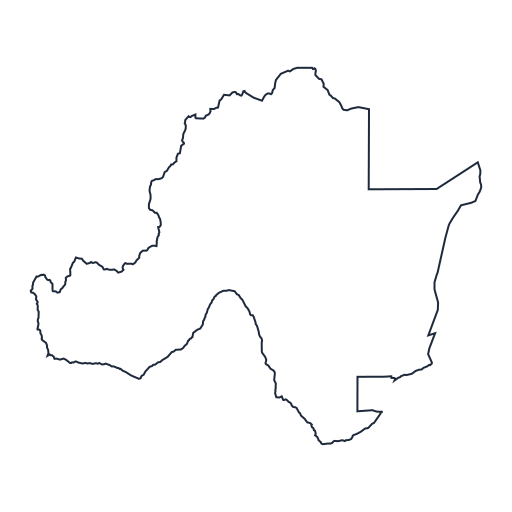 Las Heras, Mendoza, Argentina
{"feature_id": "61730980B92952848138392", "entity_name": "Las Heras", "entity_type": "district", "adm_level": 2, "iso_a3": "ARG", "parent_name": "Argentina", "parent_adm1": "Mendoza", "projection": "equal_earth", "projection_center": [-69.707, -32.525], "detail": "fine", "context": "isolated", "style": "outline", "palette": "slate", "viewbox_px": 512, "rotation_deg": 0, "n_neighbors": 0, "source": "geoboundaries", "source_scale": "gbopen_adm2", "svg_char_len": 5970}
<svg xmlns="http://www.w3.org/2000/svg" viewBox="0 0 512 512"><path d="M430.0,365.2L431.7,363.7L431.9,362.6L428.1,354.1L429.4,348.2L435.1,333.2L428.3,335.4L437.8,309.9L438.1,302.5L434.5,289.4L434.5,282.3L436.8,274.5L437.5,273.0L445.3,238.1L448.7,225.5L449.6,223.4L453.1,217.6L457.8,210.8L461.0,205.3L471.2,202.8L475.4,201.0L478.0,194.3L479.4,192.3L480.7,189.1L481.3,186.8L481.0,184.4L480.2,182.4L479.6,176.4L480.2,174.4L480.4,170.5L477.8,162.3L436.6,189.0L368.7,189.3L369.0,109.2L358.4,107.1L351.1,108.6L347.2,110.3L343.6,109.8L342.3,108.4L341.4,106.0L339.3,102.1L334.8,98.5L332.9,98.0L330.8,95.6L329.4,94.7L327.6,90.0L323.5,86.8L323.7,83.8L321.5,79.3L319.1,78.9L315.4,75.1L315.4,73.0L315.9,70.9L315.4,68.9L314.5,68.3L313.6,69.0L312.9,69.0L312.2,67.8L297.2,67.8L293.3,69.0L289.9,71.4L288.1,70.7L280.8,73.8L276.0,79.9L275.2,83.0L274.6,88.0L272.8,90.1L272.1,93.1L271.0,94.2L269.1,93.4L267.4,93.6L265.7,94.7L264.3,96.4L262.0,100.7L253.7,97.7L246.4,93.2L245.0,92.1L244.6,91.0L243.4,91.2L242.2,94.5L241.4,95.6L240.2,95.4L238.5,94.1L236.9,94.2L236.1,92.5L234.6,91.9L232.4,92.5L229.6,95.4L224.0,94.8L221.2,99.4L219.6,100.5L218.0,107.6L216.6,107.7L213.9,109.0L210.3,108.9L210.5,111.4L209.8,113.0L208.6,114.5L205.7,115.8L205.0,117.5L203.4,118.6L196.2,118.3L195.4,117.7L195.4,114.5L191.6,116.1L190.5,117.1L189.1,116.9L188.6,116.3L185.8,119.4L185.2,120.2L185.1,122.5L184.7,123.3L185.7,125.0L185.8,128.2L185.1,130.4L183.3,134.0L183.0,137.8L182.1,140.6L182.6,141.6L183.9,142.9L184.0,143.7L181.2,145.7L179.9,153.2L177.9,153.8L176.5,157.4L176.4,161.3L174.3,162.7L172.8,164.4L171.1,164.5L170.7,165.6L169.0,167.3L166.8,170.9L164.7,172.1L163.0,176.9L161.7,178.2L158.8,179.1L155.4,179.2L154.0,180.2L152.0,180.8L151.2,182.1L151.0,184.5L150.0,186.7L149.5,190.6L150.5,194.8L150.6,198.1L150.4,199.6L148.9,204.1L148.9,208.1L150.3,209.9L152.5,210.3L155.0,212.8L156.7,212.8L158.3,215.1L159.2,217.6L160.1,219.0L160.7,222.3L160.8,224.8L160.3,226.0L159.4,226.9L158.1,227.1L159.4,232.3L158.6,234.0L158.9,235.1L157.9,236.4L157.1,238.6L157.1,239.8L156.6,241.3L156.8,242.6L156.5,246.1L153.5,245.6L151.6,246.0L148.4,248.0L147.3,250.1L146.5,250.6L142.7,250.7L140.2,253.0L139.2,256.0L139.2,257.8L136.5,260.4L135.3,262.5L132.9,264.3L131.5,263.7L126.8,263.8L125.6,263.1L124.9,263.3L123.0,265.9L122.6,267.3L122.8,268.6L123.5,269.8L121.4,271.7L118.2,272.6L116.5,270.8L114.0,269.4L112.1,269.8L109.7,269.7L108.2,269.5L106.9,268.8L105.1,269.5L103.8,269.4L102.3,266.7L99.1,264.9L96.8,262.6L95.7,262.2L92.7,263.0L91.0,262.0L90.0,262.9L86.7,263.8L82.9,260.5L82.4,259.3L81.7,258.7L79.1,258.5L75.9,257.5L74.2,261.7L72.9,262.8L70.8,268.0L70.1,268.8L70.4,274.9L70.1,275.6L67.4,276.4L65.8,277.8L66.0,280.4L65.3,281.9L65.3,283.6L64.8,285.0L63.3,286.6L62.6,287.8L60.7,289.4L59.7,292.2L57.3,292.6L55.7,291.4L52.9,291.2L52.5,290.0L52.5,284.0L50.6,282.0L50.4,280.8L49.7,279.9L48.1,280.1L47.1,279.5L45.4,277.2L45.0,275.4L43.4,274.6L43.1,273.9L43.1,274.9L41.8,275.1L41.3,274.8L37.7,276.7L36.5,276.5L33.1,282.6L33.0,284.6L32.4,286.0L32.5,288.8L30.7,290.7L31.2,292.4L32.8,292.7L34.6,293.9L36.3,296.3L36.0,299.4L37.6,301.9L37.6,302.5L36.8,303.8L37.3,304.3L37.8,306.2L37.6,309.7L38.7,311.7L38.5,317.9L37.9,319.2L37.7,321.2L38.4,322.9L38.4,324.7L37.4,329.1L37.6,329.5L38.9,329.5L40.2,330.4L40.5,333.5L41.6,335.2L42.0,338.2L41.6,338.8L42.2,340.0L46.0,342.9L47.1,345.6L47.0,347.4L48.1,349.9L48.4,352.6L48.3,353.7L47.5,355.8L49.8,354.5L50.6,355.2L51.9,355.2L53.7,356.7L54.5,358.8L56.4,358.6L59.9,359.6L63.6,358.6L65.9,359.7L70.1,363.0L71.0,363.1L72.0,362.4L73.5,362.5L75.0,361.6L76.1,361.5L78.5,362.6L82.5,363.5L85.7,362.9L87.1,363.5L89.8,363.1L92.6,363.9L96.0,363.2L97.7,363.7L99.2,363.0L101.9,364.4L104.0,364.3L105.5,363.6L109.8,365.1L111.6,366.4L113.7,366.4L117.4,368.0L118.3,367.9L119.7,369.0L120.5,368.8L122.7,370.7L125.9,372.1L131.0,375.4L138.9,378.8L140.5,378.3L141.5,376.0L143.7,374.7L145.3,371.6L149.6,366.8L152.0,366.1L153.1,364.9L155.4,364.5L157.9,362.4L160.2,362.0L162.3,360.1L167.6,356.9L171.8,352.0L173.6,351.6L175.8,349.8L180.9,349.5L183.1,348.0L184.7,345.8L186.3,344.5L187.0,343.7L188.2,340.6L189.1,340.2L189.7,338.9L191.1,338.4L191.7,337.4L192.4,337.2L193.2,332.9L197.2,329.8L200.3,328.5L202.8,324.5L203.1,321.2L204.2,319.6L204.8,317.6L205.3,317.0L205.6,314.7L206.8,312.8L207.8,309.0L208.7,307.8L210.1,304.4L211.6,302.5L212.3,300.2L213.4,299.3L214.6,296.6L215.7,296.1L216.0,295.3L218.9,292.8L223.3,290.8L226.7,290.7L228.9,290.1L234.6,291.2L237.0,294.3L238.8,295.1L240.7,298.3L241.8,299.1L242.9,300.7L245.6,306.3L247.4,308.0L249.3,311.2L250.2,314.4L250.8,315.1L252.8,315.3L253.6,316.7L255.5,322.2L255.7,323.9L257.0,325.9L258.7,331.6L259.0,334.1L260.0,336.6L261.5,338.3L261.9,339.7L262.1,340.8L261.7,342.3L261.8,351.5L262.1,352.7L265.3,357.1L265.8,358.6L266.3,360.0L265.5,363.1L265.9,364.1L268.3,365.5L270.5,368.7L273.6,370.6L274.7,372.1L274.8,374.0L274.2,379.5L274.3,380.5L275.6,382.9L275.8,384.0L275.6,386.4L275.8,387.8L275.3,390.0L275.5,391.0L275.1,393.1L276.3,397.2L279.5,397.5L281.7,396.3L283.1,399.8L284.0,400.1L285.4,399.4L286.5,399.7L288.8,402.0L290.3,402.7L291.4,404.2L291.6,405.3L293.2,407.0L295.5,407.3L296.6,408.0L298.9,412.3L300.1,413.4L301.0,415.6L304.7,418.9L307.2,422.3L310.2,423.1L311.8,424.6L311.4,425.4L311.9,427.0L313.4,428.2L313.9,430.2L314.8,430.5L315.4,432.1L315.7,434.0L315.1,435.3L317.2,436.9L318.4,439.3L318.6,440.3L320.8,442.1L320.9,442.9L322.0,443.9L322.8,444.2L328.2,443.5L330.3,443.6L332.3,442.8L333.6,441.3L334.8,440.9L337.9,441.2L342.3,440.2L344.9,441.1L345.9,440.2L348.8,440.0L351.2,439.0L352.5,436.9L352.7,435.8L353.3,435.2L357.0,433.8L360.7,431.8L365.3,428.4L367.2,428.3L368.4,427.8L372.1,423.8L374.0,422.9L379.7,414.8L380.9,412.7L382.5,411.5L380.7,411.8L376.6,411.6L372.4,410.2L357.4,411.3L357.5,376.8L384.3,376.7L391.3,376.3L391.4,377.9L394.3,378.0L395.3,378.6L394.5,380.5L398.2,377.8L400.2,377.1L400.8,376.3L404.8,374.7L406.2,375.1L411.8,373.8L415.7,370.9L419.1,369.7L421.6,369.5L423.6,367.8L426.9,366.5L429.2,364.9L430.0,365.2Z" fill="none" stroke="#1e293b" stroke-width="2"/></svg>